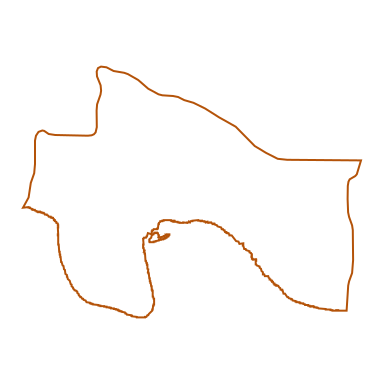 Boca Chica, Santo Domingo, Dominican Republic
{"feature_id": "3306468B37182555728177", "entity_name": "Boca Chica", "entity_type": "district", "adm_level": 2, "iso_a3": "DOM", "parent_name": "Dominican Republic", "parent_adm1": "Santo Domingo", "projection": "natural_earth1", "projection_center": [-69.616, 18.462], "detail": "fine", "context": "isolated", "style": "outline", "palette": "amber", "viewbox_px": 384, "rotation_deg": 0, "n_neighbors": 0, "source": "geoboundaries", "source_scale": "gbopen_adm2", "svg_char_len": 5979}
<svg xmlns="http://www.w3.org/2000/svg" viewBox="0 0 384 384"><path d="M361.0,160.4L287.2,159.8L277.7,158.8L266.1,152.9L254.8,146.1L235.7,126.7L219.0,117.3L205.1,108.5L193.5,102.8L184.2,100.1L178.1,97.0L173.0,96.0L162.3,95.3L158.5,94.3L148.2,88.7L138.2,80.0L127.9,74.1L124.2,72.8L113.6,71.0L106.5,67.3L101.0,66.6L98.0,68.1L96.7,71.5L97.0,76.4L100.6,85.3L101.1,90.7L100.5,94.6L97.1,104.3L96.6,110.4L96.8,127.2L95.6,132.4L93.9,134.3L91.6,135.3L87.8,135.7L55.2,135.0L48.7,134.0L44.2,130.9L42.3,130.5L38.5,131.9L36.0,135.7L35.0,140.6L35.0,164.1L34.2,173.2L30.8,182.9L28.6,197.5L23.0,207.7L28.5,207.1L28.5,207.7L30.0,207.7L30.0,208.2L31.9,208.8L31.9,209.4L32.8,209.4L32.8,209.9L34.8,209.9L34.8,210.5L36.7,211.1L36.7,211.6L38.1,211.6L38.1,212.2L39.5,212.2L39.5,211.6L40.0,211.6L40.0,212.2L41.5,212.2L41.5,212.8L43.4,212.8L43.4,213.3L44.3,213.3L44.8,214.5L46.7,214.5L46.7,215.0L48.2,215.6L48.7,216.7L50.6,216.7L50.6,217.3L51.5,217.3L51.5,217.9L53.0,217.9L53.0,218.4L53.9,219.0L53.9,220.1L54.9,220.1L54.9,221.2L56.3,221.8L56.3,222.9L57.8,223.5L57.8,225.2L58.2,225.2L58.2,227.5L57.8,227.5L58.2,234.3L57.8,234.3L57.8,235.4L58.2,235.4L58.2,244.5L58.7,244.5L59.2,251.8L59.7,251.8L59.7,254.6L60.2,254.6L60.2,256.9L60.6,256.9L61.1,262.0L61.6,262.0L62.6,265.4L63.5,266.0L64.0,269.3L64.9,269.9L65.4,273.9L66.9,275.0L66.9,276.7L67.3,276.7L67.8,279.0L69.7,280.7L70.7,284.1L71.6,284.6L71.6,286.3L73.1,287.5L73.1,288.6L74.5,289.7L74.5,290.3L76.5,290.8L76.5,291.4L77.4,292.0L77.4,293.1L78.8,294.2L78.8,295.4L80.3,296.5L80.3,297.1L81.2,297.1L82.2,298.8L83.2,298.8L83.6,299.9L85.6,300.5L86.5,302.2L89.9,302.7L89.9,303.3L91.3,303.3L91.3,303.9L92.7,303.9L92.7,304.4L98.5,305.0L98.5,305.6L100.4,305.6L100.4,306.1L104.2,306.1L104.2,306.7L106.6,306.7L106.6,307.3L109.5,307.3L109.5,307.8L111.0,307.8L111.0,308.4L113.8,308.4L113.8,309.0L115.8,309.0L115.8,309.5L117.7,309.5L117.7,310.1L118.6,310.1L118.6,310.7L119.6,310.7L119.6,311.2L121.5,311.2L121.5,311.8L124.9,312.4L125.3,313.5L126.3,313.5L126.8,314.6L131.1,315.2L131.1,315.7L132.0,315.7L132.0,316.3L136.8,316.9L136.8,317.4L145.0,317.4L145.0,316.9L146.4,316.9L147.4,315.2L148.3,315.2L148.8,314.0L152.2,310.7L152.2,309.5L152.7,309.5L153.1,305.6L153.6,305.6L153.6,304.4L154.1,304.4L154.1,298.8L153.6,298.8L153.1,296.5L152.7,296.5L152.7,290.8L152.2,290.8L152.2,289.7L151.7,289.7L151.7,286.3L151.2,286.3L150.7,282.9L150.3,282.9L150.3,281.2L149.8,281.2L149.8,278.4L149.3,278.4L148.8,273.3L148.3,273.3L148.3,272.2L147.9,272.2L148.3,269.3L147.4,268.8L147.4,264.8L146.9,264.8L146.9,263.1L146.4,263.1L146.0,260.9L145.5,260.9L145.0,253.5L144.5,253.5L144.5,251.8L144.0,251.8L144.5,250.7L144.0,250.7L143.6,247.8L143.1,247.8L143.1,244.5L143.6,244.5L143.1,238.8L143.6,238.8L144.0,237.7L146.0,237.7L146.4,236.5L146.9,236.5L147.9,233.1L151.7,234.3L151.7,231.4L152.2,231.4L152.2,230.3L153.1,230.3L153.6,229.2L157.0,229.2L157.0,228.6L157.9,228.6L158.4,224.1L158.9,224.1L158.9,222.9L160.3,221.8L160.3,221.2L162.3,221.2L162.3,220.7L163.7,220.7L163.7,220.1L170.9,220.1L170.9,220.7L171.8,220.7L171.8,221.2L173.3,221.2L173.3,221.8L173.8,221.8L173.8,220.7L174.7,220.7L175.2,221.8L177.6,221.8L177.6,222.4L179.5,222.4L179.5,222.9L183.3,222.9L183.3,222.4L187.2,222.9L187.2,222.4L189.1,222.4L189.1,221.8L190.0,222.4L190.5,221.2L192.4,221.2L192.4,220.7L198.2,220.1L198.2,220.7L200.6,220.7L200.6,221.2L201.1,221.2L201.1,220.7L202.0,220.7L202.0,221.2L204.4,221.2L204.4,221.8L205.9,221.8L205.9,222.4L207.3,221.8L207.3,222.4L208.3,222.4L208.3,222.9L208.7,222.9L208.7,222.4L211.1,222.4L211.1,222.9L212.6,223.5L212.6,224.1L214.0,224.1L214.0,223.5L214.5,223.5L215.0,224.7L216.9,225.2L217.4,226.3L221.2,227.5L221.7,229.2L223.1,229.2L223.6,230.3L224.6,230.3L225.0,232.0L226.0,232.0L226.0,232.6L227.0,232.6L227.0,233.1L228.4,233.1L228.4,233.7L229.4,234.3L229.4,235.4L231.7,235.4L236.1,241.1L238.5,241.6L239.4,243.9L243.3,243.3L243.3,245.0L242.8,245.0L242.8,245.6L243.3,245.6L244.2,249.0L245.7,249.0L246.1,250.1L249.5,251.2L249.5,252.4L250.9,252.9L250.9,253.5L251.9,254.1L251.9,256.3L251.4,256.3L251.4,256.9L251.9,256.9L251.9,258.6L252.4,258.6L252.4,259.2L253.3,259.2L253.3,259.7L255.7,259.2L255.7,259.7L256.2,259.7L256.2,260.9L255.7,260.9L255.7,264.3L256.2,264.3L256.7,265.4L259.6,266.5L259.6,267.7L261.0,268.8L261.5,271.0L262.9,272.2L262.9,274.4L264.3,274.4L264.8,276.1L268.2,276.1L268.7,277.8L269.6,278.4L269.6,279.5L270.6,279.5L271.1,280.7L272.0,280.7L272.0,281.8L273.0,281.8L273.5,283.5L274.4,283.5L274.4,284.6L275.4,284.6L275.4,285.2L276.3,285.2L276.3,285.8L276.8,285.8L276.8,285.2L278.3,285.8L279.2,287.5L280.2,288.0L280.6,289.7L282.1,289.7L282.1,290.3L282.6,290.3L283.5,293.7L285.0,293.7L287.3,297.1L288.3,297.1L288.8,298.2L291.2,298.8L291.2,299.3L292.2,299.3L292.6,300.5L295.5,301.0L295.5,301.6L296.5,301.6L296.5,302.2L299.3,302.2L299.3,302.7L300.3,302.7L300.3,303.3L303.2,303.3L303.2,303.9L305.1,304.4L305.1,305.0L308.0,305.0L308.0,305.6L309.4,305.6L309.4,306.1L310.4,306.1L310.4,306.7L310.8,306.7L310.8,306.1L313.2,306.1L313.2,306.7L314.2,306.7L314.2,307.3L316.6,307.3L316.6,307.8L318.0,307.8L318.4,308.4L325.7,309.0L325.7,309.5L330.5,309.5L330.5,310.1L332.4,310.1L332.4,310.7L336.2,310.7L336.2,310.1L338.2,310.1L338.2,310.7L346.6,310.7L348.2,285.6L349.1,281.3L352.1,273.0L353.1,260.1L352.8,230.1L352.1,225.4L349.1,217.0L348.1,212.3L347.6,199.0L347.8,185.9L348.5,181.6L349.7,179.3L355.3,176.0L356.8,174.3L361.0,160.4ZM157.0,232.6L155.1,232.6L155.1,233.1L154.1,233.1L153.6,234.3L152.7,234.3L152.7,234.8L151.7,235.4L151.2,237.7L149.3,239.4L149.3,241.6L149.8,241.6L149.8,242.2L153.6,242.2L153.6,241.6L155.5,241.6L155.5,241.1L158.9,240.5L158.9,239.9L160.8,239.9L160.8,239.4L163.2,239.4L163.2,238.8L164.6,238.8L164.6,238.2L165.6,238.2L165.6,237.7L166.6,237.7L166.6,237.1L168.5,236.5L169.0,234.8L169.4,234.8L169.4,234.3L168.5,234.3L168.5,234.8L167.0,234.3L166.6,235.4L165.6,234.8L165.6,235.4L163.7,236.0L163.7,236.5L160.8,237.1L160.8,237.7L158.9,237.7L158.9,237.1L158.4,237.1L158.9,235.4L158.4,235.4L157.9,233.1L157.0,233.1L157.0,232.6Z" fill="none" stroke="#b45309" stroke-width="2"/></svg>